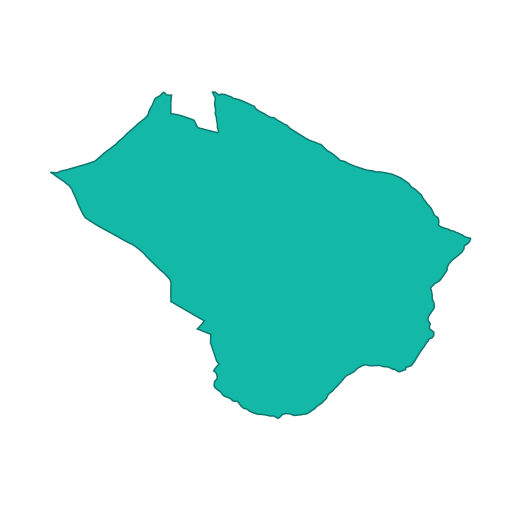 outline of San Jerónimo Zacualpan, Tlaxcala, Mexico, rotated 95°
{"feature_id": "50627088B35723887054559", "entity_name": "San Jerónimo Zacualpan", "entity_type": "district", "adm_level": 2, "iso_a3": "MEX", "parent_name": "Mexico", "parent_adm1": "Tlaxcala", "projection": "mercator", "projection_center": [-98.265, 19.247], "detail": "fine", "context": "isolated", "style": "filled", "palette": "teal", "viewbox_px": 512, "rotation_deg": 95, "n_neighbors": 0, "source": "geoboundaries", "source_scale": "gbopen_adm2", "svg_char_len": 5017}
<svg xmlns="http://www.w3.org/2000/svg" viewBox="0 0 512 512"><g transform="rotate(95 256 256)"><path d="M356.2,97.0L354.9,97.2L353.7,96.9L353.3,95.1L351.7,91.7L346.6,88.6L342.9,86.9L339.4,85.1L336.3,83.5L332.8,81.4L331.3,80.4L327.1,78.4L325.7,77.0L323.8,76.6L322.7,74.7L322.3,73.6L320.8,72.5L319.8,72.1L318.7,71.9L317.6,72.2L316.5,72.1L313.2,77.0L311.2,77.0L308.2,76.5L305.8,78.6L303.6,79.3L300.8,78.7L298.0,77.3L294.1,75.0L292.5,74.1L289.4,74.1L286.6,74.9L283.5,76.7L278.9,77.2L274.9,78.4L272.6,79.3L271.4,78.4L270.5,77.6L268.9,76.3L267.4,74.8L266.4,73.4L265.6,72.2L264.7,71.0L262.2,69.3L257.9,66.9L254.5,64.9L252.5,64.2L252.0,64.8L249.4,64.1L247.2,63.2L245.3,62.0L243.5,60.5L241.7,58.8L241.0,58.0L239.4,56.3L237.6,54.4L235.5,52.4L233.8,50.9L232.3,50.3L231.1,49.5L227.9,49.5L225.7,46.8L224.4,45.4L223.0,44.6L221.8,44.1L220.7,43.8L219.7,43.9L219.6,44.8L219.2,46.8L219.1,48.2L218.7,49.6L217.9,50.8L216.9,52.7L216.7,53.8L215.8,56.0L214.8,59.3L214.1,60.6L213.6,64.7L212.9,65.6L211.9,70.1L210.7,74.7L209.2,76.9L207.9,76.9L205.1,76.9L202.1,78.0L199.7,82.0L194.6,84.8L192.8,86.1L189.6,89.6L187.1,91.7L185.1,93.7L183.3,95.1L180.8,96.6L179.8,97.9L175.3,103.9L173.7,107.2L170.4,110.2L168.3,113.7L165.7,118.4L162.8,126.9L162.4,129.8L162.2,130.6L161.4,139.4L161.8,143.6L161.0,147.2L160.9,149.9L160.9,152.6L159.6,158.3L157.6,166.8L155.5,173.0L154.5,174.6L153.8,177.4L153.7,180.2L151.9,182.3L149.7,185.4L146.7,190.1L144.7,194.5L141.7,198.0L139.3,200.9L138.8,203.5L137.9,205.8L136.2,212.5L134.0,217.6L126.7,231.7L126.0,233.2L122.8,237.0L122.3,239.3L120.6,242.5L118.9,246.4L116.6,250.2L116.6,254.3L115.0,257.4L113.5,260.2L111.9,264.3L110.2,267.8L108.8,269.6L107.2,270.5L106.3,273.0L102.9,282.5L101.6,287.0L100.9,292.3L99.8,294.1L99.4,295.1L99.2,296.7L98.5,298.9L97.9,300.5L97.7,303.7L98.0,305.7L99.2,307.0L97.9,308.5L96.3,310.9L96.3,312.1L96.4,313.6L96.9,313.6L101.9,310.4L102.5,310.2L108.1,310.5L110.0,310.1L112.6,309.3L113.5,309.1L114.1,309.0L114.5,309.0L115.1,309.0L116.2,309.0L117.1,309.1L117.8,309.1L118.1,308.9L118.7,308.7L119.5,308.3L120.4,307.9L121.6,307.5L122.2,307.3L122.5,307.3L122.8,307.3L123.0,307.3L123.3,307.3L124.4,307.0L126.0,306.5L128.6,305.9L129.8,305.7L130.8,305.8L131.5,305.6L132.5,305.1L133.1,304.9L134.1,304.6L135.0,304.4L135.6,304.3L135.9,304.4L136.2,304.6L136.3,304.8L136.5,305.2L136.3,306.2L135.9,309.0L135.2,313.1L134.7,316.6L134.1,319.7L133.7,322.4L133.3,324.8L132.1,325.9L126.2,329.5L124.9,333.8L124.5,335.7L122.9,341.9L121.9,347.8L121.7,353.2L117.6,353.6L111.6,354.2L106.6,354.2L105.7,354.2L103.1,354.1L103.3,356.1L103.3,358.3L103.2,359.1L103.0,359.5L102.2,360.3L101.4,361.1L101.1,361.7L101.0,362.2L101.1,362.6L102.4,363.7L104.5,365.4L105.9,367.4L107.3,369.6L108.1,370.3L109.6,370.9L112.3,371.7L115.0,372.5L118.4,374.3L121.9,375.4L124.1,375.7L126.6,377.1L128.7,378.8L131.1,381.4L134.0,384.5L137.5,387.7L142.2,392.1L144.8,394.7L149.8,398.8L154.3,403.3L157.0,405.4L159.6,408.2L160.8,409.6L167.0,416.5L171.0,420.2L175.6,424.8L177.1,428.2L179.3,433.1L182.7,442.0L186.8,452.5L188.1,457.0L190.5,461.6L190.5,468.2L191.6,465.6L192.9,463.6L194.5,461.1L196.2,457.9L197.5,455.5L199.2,452.6L201.0,450.4L202.1,448.3L203.5,447.1L205.3,445.4L208.3,443.9L213.3,440.9L219.6,437.8L224.5,435.0L230.3,431.4L232.9,429.2L238.3,419.0L240.4,414.6L242.8,409.2L245.4,403.0L246.9,399.6L249.0,394.9L250.7,391.5L252.6,387.0L254.3,382.9L255.1,380.8L256.6,377.5L257.9,375.6L260.4,371.6L262.4,368.8L265.2,365.9L267.9,362.9L273.7,355.7L277.8,350.6L280.4,347.0L281.8,345.1L282.7,344.3L284.5,342.2L287.1,339.5L290.4,338.2L292.7,338.2L299.4,337.7L301.1,337.5L303.7,337.3L307.4,336.8L308.7,336.9L321.5,309.7L325.1,301.8L328.6,304.0L333.8,308.1L338.0,294.1L343.9,293.9L346.3,293.8L364.0,286.1L366.8,283.5L372.0,287.2L374.3,288.2L374.8,287.0L375.3,286.2L375.9,285.7L376.9,285.1L378.5,284.4L380.0,284.1L381.2,284.1L381.9,284.3L382.4,284.6L383.4,285.5L384.3,286.1L385.3,286.4L386.5,286.5L388.4,286.5L389.5,286.2L390.2,285.8L390.8,285.2L391.9,283.6L393.5,281.1L393.7,280.8L394.4,279.7L395.3,278.6L397.0,277.3L397.9,276.2L398.7,274.3L399.2,272.4L399.9,270.1L400.3,269.0L402.2,266.7L402.4,266.0L402.7,264.9L402.3,263.5L402.4,262.1L403.3,260.8L406.7,258.0L408.3,255.7L409.0,254.6L409.0,253.3L409.1,252.3L410.2,250.2L411.1,249.1L411.8,246.9L412.6,244.8L412.9,243.2L413.4,241.0L413.5,239.0L413.3,236.1L413.6,231.4L414.2,228.0L413.9,225.5L413.9,224.2L414.4,222.9L415.3,221.4L415.7,219.9L415.3,219.0L414.6,218.3L411.9,216.1L411.0,214.9L410.3,211.8L410.4,207.5L411.6,204.6L411.0,201.1L410.4,198.2L409.6,194.9L408.8,191.6L407.4,189.7L406.3,188.2L405.4,187.4L403.3,184.5L400.4,182.2L398.2,179.4L396.6,177.4L394.3,175.7L391.7,173.4L387.8,172.1L385.9,170.4L384.0,168.1L381.0,166.0L378.3,163.6L371.6,158.6L369.0,157.0L366.7,154.6L365.6,152.3L364.3,150.8L362.9,148.4L359.1,145.2L356.7,141.6L355.3,139.1L354.8,136.5L355.3,134.1L355.4,131.7L355.0,129.2L354.6,126.0L354.3,122.9L355.1,119.5L355.0,114.5L356.9,109.9L356.7,108.4L357.5,106.7L358.9,104.0L358.7,102.5L357.7,100.5L356.7,98.8L356.2,97.0Z" fill="#14b8a6" stroke="#0f766e" stroke-width="1.5"/></g></svg>